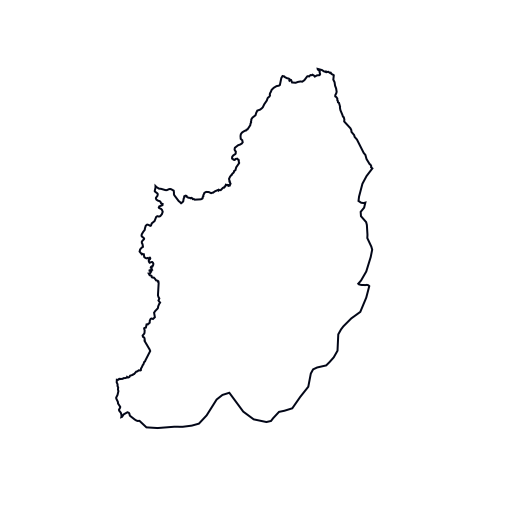 Kayes, Kayes, Mali (Natural Earth projection), rotated 19°
{"feature_id": "8926073B46590111149246", "entity_name": "Kayes", "entity_type": "district", "adm_level": 2, "iso_a3": "MLI", "parent_name": "Mali", "parent_adm1": "Kayes", "projection": "natural_earth1", "projection_center": [-11.81, 14.583], "detail": "fine", "context": "isolated", "style": "outline", "palette": "ink", "viewbox_px": 512, "rotation_deg": 19, "n_neighbors": 0, "source": "geoboundaries", "source_scale": "gbopen_adm2", "svg_char_len": 6077}
<svg xmlns="http://www.w3.org/2000/svg" viewBox="0 0 512 512"><g transform="rotate(19 256 256)"><path d="M372.9,247.6L371.8,247.1L370.2,247.2L369.1,247.8L365.0,249.1L362.6,249.3L361.7,248.9L363.3,245.0L365.3,234.8L364.8,219.7L363.8,212.2L362.0,209.6L355.4,202.8L354.5,199.7L350.7,190.5L349.1,188.1L342.3,184.2L340.6,180.2L342.5,175.1L342.0,169.9L340.6,170.9L338.1,171.4L335.0,170.6L334.1,166.3L333.1,153.0L334.5,144.4L337.5,135.3L335.9,134.6L335.7,133.5L334.4,132.3L333.6,132.2L328.9,128.3L326.5,124.8L324.3,123.5L313.5,113.0L310.5,111.3L309.4,109.7L305.9,107.6L305.1,105.9L303.7,104.5L295.6,100.1L295.1,98.2L293.8,96.2L292.8,95.9L291.8,94.5L288.4,90.7L287.1,88.5L286.9,87.5L284.6,84.2L283.5,84.0L282.7,82.5L282.2,82.3L281.6,80.6L280.2,79.6L279.0,79.3L278.8,78.9L278.6,78.0L278.9,76.0L278.8,74.5L277.2,71.5L275.3,69.2L273.7,66.1L271.7,64.1L270.7,59.8L270.4,59.6L268.5,59.4L267.0,58.4L266.7,58.9L264.3,58.3L262.7,59.3L262.0,58.8L261.7,59.3L260.0,59.3L257.8,58.7L253.4,59.0L253.7,59.5L255.8,60.4L256.2,60.8L256.5,61.9L257.4,63.1L257.2,64.3L254.8,65.4L253.2,67.2L252.2,66.6L250.4,66.2L249.9,66.9L248.6,67.2L247.7,69.0L246.6,69.0L245.9,69.6L244.5,74.0L243.0,76.1L241.2,76.5L238.9,77.8L237.1,79.3L233.6,80.2L231.9,78.2L231.4,78.3L230.6,79.4L230.3,79.1L230.3,78.2L230.1,77.8L229.1,77.6L227.5,77.8L224.7,77.4L224.3,77.0L222.5,77.2L222.0,79.5L222.9,86.5L222.2,87.5L220.1,88.7L218.0,91.2L216.7,93.8L216.6,95.9L216.3,97.6L216.4,98.7L216.9,99.4L216.9,100.2L216.7,101.0L215.8,102.4L215.6,103.1L215.6,105.5L214.4,109.8L214.0,113.2L213.4,114.5L212.2,116.3L209.9,118.1L209.6,120.6L209.7,123.1L207.6,126.3L207.1,128.3L207.5,129.7L207.5,130.8L207.9,131.3L207.7,132.5L208.0,134.2L206.8,138.9L206.7,139.2L205.9,139.6L205.7,140.6L204.6,141.3L203.1,143.1L202.5,144.0L202.0,145.8L202.3,147.6L203.4,150.2L205.3,151.0L206.4,152.8L206.0,154.2L204.7,155.8L203.1,157.0L200.8,160.5L201.0,162.1L201.6,163.0L202.9,163.8L203.4,165.6L203.3,166.3L201.8,168.2L201.2,169.8L201.4,171.0L201.7,171.7L202.5,171.8L203.4,172.3L204.4,172.2L204.8,171.8L204.8,171.3L205.2,170.8L206.7,170.1L207.5,170.7L208.2,170.7L208.8,171.6L209.1,172.7L209.7,173.3L209.8,173.7L208.4,178.6L208.6,181.5L207.6,182.9L207.8,183.6L207.6,184.6L206.8,186.0L206.6,187.4L206.2,187.7L205.6,189.7L205.4,191.9L206.4,193.5L206.7,193.7L206.7,194.4L207.5,194.7L207.9,195.7L208.4,196.0L208.2,197.2L208.3,197.9L207.1,198.7L206.6,197.9L205.7,198.1L205.2,198.4L204.3,198.4L204.3,200.3L204.0,200.7L203.7,200.7L203.5,201.8L203.0,201.9L202.5,202.4L201.2,205.2L199.9,205.7L199.3,205.5L199.1,206.3L198.6,206.0L198.1,206.3L197.8,206.7L196.2,208.1L194.7,210.2L194.2,210.3L193.1,211.2L190.6,210.9L188.1,211.6L187.4,212.2L186.6,213.3L186.6,214.4L186.4,215.8L186.8,216.8L186.4,217.8L186.7,218.9L186.4,219.2L186.2,219.7L185.3,220.4L179.7,222.7L178.8,222.4L177.7,222.8L177.1,222.2L175.9,222.1L175.1,223.3L175.2,222.5L172.9,222.9L171.1,222.5L170.7,221.8L169.7,221.9L168.7,223.0L169.1,223.8L168.9,225.1L169.4,228.1L168.7,229.5L168.0,230.5L166.2,229.6L165.1,229.3L158.9,225.1L158.2,224.1L157.8,222.8L156.9,221.0L154.1,220.5L152.9,220.6L151.9,221.2L150.2,222.8L148.8,223.2L144.4,223.4L142.3,223.9L139.4,223.2L138.2,222.6L138.7,224.0L139.1,227.6L139.6,228.0L142.3,228.9L142.9,229.4L143.1,230.0L143.2,231.3L142.5,233.3L142.5,233.9L143.3,235.0L144.1,235.3L145.4,235.6L147.2,235.5L148.4,236.2L149.1,237.1L150.8,237.2L151.0,238.4L148.4,240.6L148.3,241.8L148.8,242.2L151.0,242.4L152.1,243.0L153.4,244.6L153.4,247.1L152.5,249.5L151.4,250.3L149.7,250.5L148.9,251.6L148.7,256.0L146.8,259.1L146.8,261.3L146.5,261.8L146.0,261.9L144.4,261.6L143.0,261.7L142.6,262.0L141.9,263.4L142.0,266.2L142.3,267.5L141.5,269.8L140.9,272.7L141.2,274.2L141.7,274.7L144.0,275.5L144.6,276.1L144.6,276.6L143.7,278.5L143.4,279.7L143.8,280.8L144.8,281.7L146.0,283.8L146.1,284.3L145.2,285.3L144.3,287.5L144.5,289.7L147.6,291.6L148.1,290.9L148.8,291.1L149.4,290.9L150.6,293.3L151.6,293.7L152.8,293.9L153.5,293.8L154.1,293.2L155.3,293.5L155.7,293.2L155.8,292.3L156.3,292.1L156.8,292.6L156.8,293.4L156.2,294.5L156.1,295.5L157.0,296.6L157.6,297.0L159.1,295.8L159.8,295.5L160.7,295.9L161.5,296.8L161.7,297.9L161.5,299.6L160.8,299.7L160.3,300.5L160.3,301.3L161.3,301.6L161.5,302.3L162.3,303.0L161.7,303.8L160.6,303.8L160.0,304.2L160.1,304.6L161.6,304.7L162.0,305.0L161.5,306.0L161.6,306.6L161.2,307.1L160.3,307.5L161.7,308.8L163.1,308.7L163.8,308.9L164.2,309.8L164.9,310.1L166.5,309.7L168.0,310.5L169.5,311.6L171.0,311.4L171.6,311.6L171.7,312.1L172.1,312.0L172.8,313.4L176.1,325.1L177.2,326.6L178.4,327.6L178.3,329.9L180.5,331.3L180.1,332.6L179.9,335.5L180.2,336.9L180.1,337.6L178.6,340.9L178.1,342.8L180.3,346.8L179.1,349.1L177.6,349.1L176.9,349.7L176.6,351.6L177.2,353.7L176.6,354.8L176.2,355.1L176.0,355.9L174.8,356.3L175.2,359.5L173.9,360.4L173.8,360.7L173.9,361.1L175.0,362.7L175.6,365.0L175.6,365.8L174.7,368.1L175.4,369.2L176.8,369.5L177.5,370.3L178.0,371.6L178.3,371.8L178.2,372.5L185.8,379.0L186.9,380.3L185.4,390.8L185.4,391.8L184.8,392.6L184.8,395.3L184.4,396.0L184.3,398.0L183.9,399.9L184.3,401.5L183.7,402.0L182.4,402.2L181.3,403.8L180.4,404.3L179.2,407.3L178.4,407.8L178.2,408.5L175.9,410.2L175.7,411.5L175.1,412.2L174.5,412.6L173.5,412.3L173.5,412.9L172.3,413.9L170.4,414.7L170.0,415.5L167.8,416.5L167.3,416.4L167.0,416.9L166.5,416.9L165.8,418.1L164.7,418.3L165.4,420.8L166.8,422.3L167.2,423.2L167.3,423.9L168.5,425.2L168.9,427.1L169.9,428.6L170.3,432.5L169.9,435.4L170.3,436.3L172.9,438.9L173.6,440.4L176.7,442.8L176.9,443.6L176.5,446.0L177.0,446.8L179.2,448.2L180.3,449.7L181.0,451.3L181.1,452.2L181.7,451.7L182.4,448.9L185.3,445.6L186.8,445.7L187.5,446.2L188.7,448.0L189.7,448.4L194.6,450.1L196.4,450.5L197.9,450.5L199.5,449.8L208.2,453.7L219.0,450.7L234.4,444.0L242.2,441.4L250.5,437.3L256.6,433.1L261.2,422.8L265.5,404.5L269.5,398.3L275.3,394.0L294.6,407.3L307.0,411.2L319.9,409.6L323.9,407.1L325.0,403.8L328.5,395.9L333.2,393.1L339.9,388.2L343.7,374.8L348.0,362.6L346.1,349.3L346.9,344.6L350.1,341.5L358.0,336.6L360.1,332.3L362.5,326.5L363.9,319.0L359.3,303.3L360.3,297.7L361.5,294.1L366.4,284.0L372.8,274.9L373.8,259.5L372.9,247.6Z" fill="none" stroke="#020617" stroke-width="2"/></g></svg>